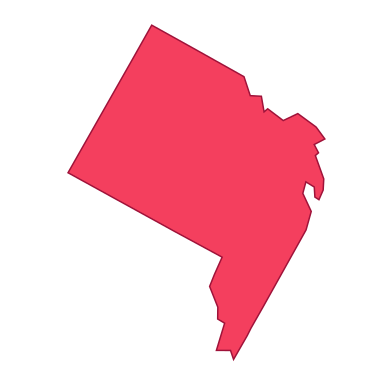 the district of Conway, Arkansas, United States of America, rotated 298°
{"feature_id": "52423323B98678441689198", "entity_name": "Conway", "entity_type": "district", "adm_level": 2, "iso_a3": "USA", "parent_name": "United States of America", "parent_adm1": "Arkansas", "projection": "equal_earth", "projection_center": [-92.701, 35.267], "detail": "fine", "context": "isolated", "style": "filled", "palette": "rose", "viewbox_px": 384, "rotation_deg": 298, "n_neighbors": 0, "source": "geoboundaries", "source_scale": "gbopen_adm2", "svg_char_len": 629}
<svg xmlns="http://www.w3.org/2000/svg" viewBox="0 0 384 384"><g transform="rotate(298 192 192)"><path d="M319.4,130.7L320.4,78.1L280.2,77.1L150.8,73.5L149.0,196.3L148.6,249.2L129.8,250.5L116.9,251.9L102.4,268.9L91.9,274.3L91.5,282.4L63.6,287.9L70.2,300.4L63.7,307.3L91.1,308.2L99.4,308.0L123.8,308.7L212.1,310.5L230.8,306.4L242.8,290.5L254.4,287.8L253.8,297.6L245.2,302.9L244.8,307.7L255.3,306.9L265.4,302.2L282.1,283.8L286.0,285.3L291.3,277.6L301.2,284.4L307.6,271.1L310.9,248.6L297.9,239.0L301.0,219.8L296.6,218.0L309.1,208.3L304.4,198.2L318.2,183.8L319.4,130.7Z" fill="#f43f5e" stroke="#9f1239" stroke-width="1.5"/></g></svg>